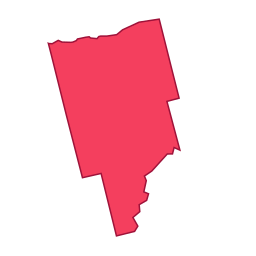 Hernando, Florida, United States of America (Equal Earth projection), rotated 76°
{"feature_id": "52423323B94618395838075", "entity_name": "Hernando", "entity_type": "district", "adm_level": 2, "iso_a3": "USA", "parent_name": "United States of America", "parent_adm1": "Florida", "projection": "equal_earth", "projection_center": [-82.437, 28.564], "detail": "fine", "context": "isolated", "style": "filled", "palette": "rose", "viewbox_px": 256, "rotation_deg": 76, "n_neighbors": 0, "source": "geoboundaries", "source_scale": "gbopen_adm2", "svg_char_len": 678}
<svg xmlns="http://www.w3.org/2000/svg" viewBox="0 0 256 256"><g transform="rotate(76 128 128)"><path d="M229.9,165.3L229.9,146.6L225.6,142.2L216.0,144.9L212.0,136.8L205.1,135.7L202.7,127.4L196.8,124.0L193.8,128.1L183.5,123.0L178.6,123.7L175.5,115.3L162.7,96.2L163.9,91.1L158.1,88.0L162.0,83.0L111.6,83.8L111.4,71.2L82.5,71.3L29.9,71.4L28.0,91.7L31.4,109.5L34.7,116.4L33.7,126.3L32.2,132.3L32.2,134.2L33.8,136.4L31.9,141.8L31.5,142.7L30.1,143.6L29.7,147.2L29.4,155.5L30.7,157.0L31.3,160.8L31.1,162.6L28.7,171.2L26.1,174.5L27.9,181.1L26.9,184.4L26.6,184.8L39.2,184.7L100.2,184.7L165.2,184.2L165.6,165.1L229.9,165.3Z" fill="#f43f5e" stroke="#9f1239" stroke-width="1.5"/></g></svg>